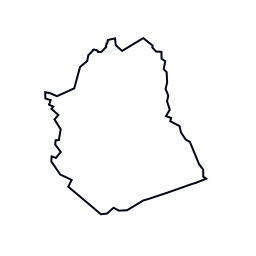 outline of Pitt, North Carolina, United States of America, rotated 197°
{"feature_id": "52423323B49517709144014", "entity_name": "Pitt", "entity_type": "district", "adm_level": 2, "iso_a3": "USA", "parent_name": "United States of America", "parent_adm1": "North Carolina", "projection": "mercator", "projection_center": [-77.336, 35.58], "detail": "fine", "context": "isolated", "style": "outline", "palette": "ink", "viewbox_px": 256, "rotation_deg": 197, "n_neighbors": 0, "source": "geoboundaries", "source_scale": "gbopen_adm2", "svg_char_len": 1165}
<svg xmlns="http://www.w3.org/2000/svg" viewBox="0 0 256 256"><g transform="rotate(197 128 128)"><path d="M187.2,186.1L186.6,180.1L191.7,172.4L191.0,150.2L205.2,137.7L212.9,138.5L217.6,138.0L215.7,132.1L210.1,132.0L210.3,127.2L205.7,126.6L206.8,123.9L198.4,120.1L200.8,114.7L192.0,107.1L190.6,96.3L193.6,95.1L192.8,90.9L185.3,85.4L188.2,78.3L192.7,78.5L191.6,73.6L179.2,63.7L166.7,61.9L168.0,54.4L159.1,50.6L140.3,42.6L128.7,37.6L123.1,40.0L118.5,47.5L112.5,46.3L104.8,49.1L92.3,63.1L87.7,66.1L69.6,79.0L51.5,92.4L49.9,93.5L48.7,94.3L47.2,95.3L38.4,102.4L41.8,103.4L43.9,110.1L49.5,114.2L64.7,132.7L69.7,134.0L76.2,139.4L79.2,144.9L89.5,146.8L89.8,150.3L95.2,150.4L93.4,157.7L98.5,165.0L98.9,170.7L103.5,176.4L103.9,183.1L107.4,192.7L111.0,194.7L111.9,202.8L116.1,204.0L118.3,210.6L123.5,209.3L128.3,212.1L128.5,214.0L139.7,218.4L156.2,200.0L163.9,203.6L166.6,209.9L173.0,206.3L173.0,205.1L172.6,204.6L172.9,203.2L173.3,202.7L172.9,201.3L173.2,200.5L173.0,199.7L172.5,199.3L175.8,192.9L178.9,192.0L179.5,192.3L179.6,193.0L180.8,193.3L182.1,193.0L183.4,193.2L184.3,192.5L184.2,191.9L185.6,189.0L187.2,186.1Z" fill="none" stroke="#020617" stroke-width="2"/></g></svg>